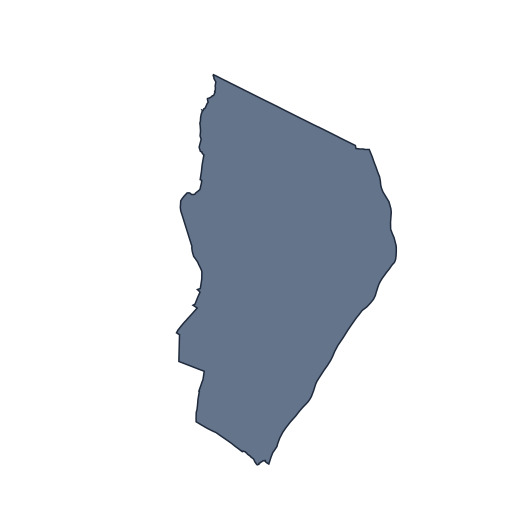 outline of Dignājas pag., Jekabpils, Latvia, rotated 48°
{"feature_id": "27541924B5216902390969", "entity_name": "Dignājas pag.", "entity_type": "district", "adm_level": 2, "iso_a3": "LVA", "parent_name": "Latvia", "parent_adm1": "Jekabpils", "projection": "equal_earth", "projection_center": [26.111, 56.337], "detail": "fine", "context": "isolated", "style": "filled", "palette": "slate", "viewbox_px": 512, "rotation_deg": 48, "n_neighbors": 0, "source": "geoboundaries", "source_scale": "gbopen_adm2", "svg_char_len": 5588}
<svg xmlns="http://www.w3.org/2000/svg" viewBox="0 0 512 512"><g transform="rotate(48 256 256)"><path d="M339.1,411.4L344.8,409.7L350.4,407.9L353.2,406.9L353.3,406.8L356.0,405.8L357.6,405.1L360.6,403.8L363.8,403.1L367.7,402.2L367.9,402.1L369.8,401.7L372.2,401.1L378.7,399.6L384.4,398.7L386.0,398.3L389.8,397.6L390.5,397.5L390.5,397.3L390.7,397.2L390.9,397.1L391.0,397.1L391.3,397.2L391.5,397.2L391.8,397.2L392.0,397.2L392.3,397.1L392.3,396.8L392.2,396.7L392.3,396.6L392.4,396.2L392.6,396.0L392.9,395.9L393.2,395.8L393.4,395.7L393.8,395.2L394.2,395.0L394.4,395.0L394.7,395.0L395.2,395.1L395.5,395.0L395.9,394.9L396.2,394.8L396.5,394.8L396.9,394.9L397.6,394.9L398.0,394.8L398.3,394.8L398.7,394.7L399.0,394.7L399.4,394.5L399.6,394.5L399.7,394.4L399.8,394.4L400.1,394.3L400.3,394.3L400.6,394.2L400.8,394.2L401.0,394.2L401.2,394.3L401.4,394.2L401.5,394.3L402.0,394.3L402.1,394.2L402.4,394.2L402.7,394.1L403.0,394.1L403.5,394.0L404.4,393.8L404.8,393.7L405.7,393.7L407.0,394.2L408.2,394.5L408.8,394.7L409.6,394.8L410.0,394.7L410.5,394.9L411.1,394.9L411.9,394.9L412.1,394.7L412.4,394.1L412.5,393.8L412.6,393.3L412.7,393.1L412.7,392.9L412.1,392.5L412.1,392.2L412.2,391.9L412.4,391.6L412.6,391.1L412.5,390.7L412.5,390.4L412.6,390.2L412.6,389.7L412.8,389.2L412.7,388.6L412.8,388.0L413.0,387.5L413.5,387.3L413.8,386.9L414.0,386.4L413.9,386.1L414.0,386.0L414.1,385.9L414.4,386.0L414.6,386.5L414.9,386.6L415.4,386.6L416.8,386.4L419.2,385.7L415.4,379.2L413.4,375.2L412.4,371.0L411.6,367.9L410.0,365.5L407.1,360.0L404.9,354.0L403.7,349.0L402.3,341.4L401.5,333.7L400.4,327.8L399.8,322.9L399.6,320.1L399.2,315.1L398.6,312.3L397.6,309.1L394.6,303.2L391.3,297.7L390.0,294.9L388.7,290.4L386.3,281.4L385.3,276.7L383.5,270.3L381.7,265.8L379.6,261.4L377.2,254.9L375.2,246.6L372.6,237.5L371.0,231.0L369.1,222.7L368.5,218.7L367.5,213.6L368.0,207.9L367.5,202.2L366.8,197.7L365.4,194.2L365.3,193.9L363.4,190.9L360.3,185.6L359.4,183.9L358.2,181.0L357.0,177.0L355.8,171.2L355.7,171.1L355.6,170.4L354.7,165.0L354.1,162.6L353.7,160.8L353.4,157.5L352.8,156.1L351.9,154.5L349.8,152.0L346.6,148.8L343.6,146.1L342.0,144.9L334.7,141.1L330.5,139.7L326.2,138.0L320.9,133.4L314.2,126.4L311.4,124.3L307.9,122.5L304.6,120.9L293.4,118.8L289.6,117.4L286.7,115.8L283.6,113.5L279.9,111.2L274.8,109.3L270.3,107.4L264.8,105.3L260.2,103.3L252.6,100.6L250.4,103.0L249.4,104.1L248.9,104.4L248.7,104.3L247.4,105.6L246.2,107.0L244.6,108.4L243.0,109.8L241.7,109.0L240.4,108.2L236.1,109.9L231.8,111.6L228.8,112.8L225.7,114.0L225.0,114.3L223.7,114.8L221.7,115.5L219.0,116.6L215.3,118.0L212.8,119.0L211.4,119.5L210.6,119.9L208.9,120.5L207.8,121.0L206.6,121.4L204.0,122.5L202.3,123.1L201.4,123.6L195.7,125.9L188.0,128.9L182.5,131.1L174.0,134.4L167.9,136.8L160.3,139.7L154.2,142.1L147.0,145.0L140.2,147.7L131.2,151.2L125.9,153.3L118.7,156.1L114.1,157.9L111.4,159.0L107.7,160.4L102.2,162.6L95.3,165.2L92.8,166.3L93.3,167.2L94.9,167.6L95.9,168.5L99.8,169.4L102.5,172.8L103.6,173.4L105.4,175.2L106.0,176.6L106.9,176.7L107.1,177.6L108.1,179.3L108.2,180.5L107.7,181.2L107.9,182.4L107.3,185.2L106.5,186.7L107.1,187.3L109.8,188.8L109.9,189.6L110.0,190.3L111.6,193.7L111.9,194.4L112.0,195.2L111.7,196.3L112.0,196.9L112.3,197.4L112.5,198.1L111.6,198.5L112.3,198.7L112.5,199.4L113.2,200.3L113.8,201.6L115.0,203.2L116.1,204.6L118.9,207.4L118.9,207.7L119.8,208.9L121.4,210.0L123.0,211.2L124.4,212.3L125.9,213.5L127.6,215.3L129.3,217.2L132.6,218.7L137.1,225.5L141.0,227.3L142.5,226.6L142.8,226.8L142.9,227.0L143.3,227.1L143.8,227.2L144.2,227.2L145.0,227.2L145.7,227.2L145.9,227.2L146.0,227.3L146.1,227.2L147.8,229.4L152.1,234.9L155.2,238.4L156.2,239.4L161.9,246.4L163.3,245.8L163.5,245.7L164.4,246.8L164.7,247.1L165.1,247.6L165.4,248.0L165.9,248.6L166.9,250.2L167.7,251.2L168.4,252.1L169.0,253.3L169.1,253.5L169.1,253.8L169.0,255.0L169.0,256.0L168.9,256.8L168.9,258.2L168.8,258.4L168.8,258.9L169.0,259.5L169.1,259.8L169.1,260.2L169.1,260.4L168.6,261.0L168.2,261.6L167.8,262.0L167.4,262.5L167.2,262.7L166.8,262.8L165.4,262.9L165.1,263.0L164.8,263.1L164.5,263.3L164.2,263.6L163.7,264.2L163.6,264.3L163.1,264.9L163.1,265.0L163.0,265.3L163.1,266.0L163.2,267.1L163.4,269.5L163.6,270.6L164.0,272.8L164.5,274.6L164.6,275.0L165.9,276.3L167.2,277.6L169.1,279.6L169.9,280.2L170.8,280.8L171.4,281.3L173.1,282.2L175.9,283.4L179.6,285.1L185.9,288.0L193.8,291.6L198.1,293.6L201.9,295.3L204.0,296.3L205.9,297.1L206.6,297.9L206.7,298.0L206.9,298.1L207.1,298.4L207.6,298.7L209.6,300.1L211.5,301.1L214.2,302.4L214.3,302.5L214.6,302.6L217.7,302.9L220.7,303.3L221.2,303.4L221.8,303.5L222.6,303.8L224.4,304.4L226.0,304.8L230.1,306.1L231.0,306.5L231.5,306.8L235.1,310.1L235.6,310.5L237.2,312.2L237.8,312.9L240.0,315.6L240.2,315.8L241.6,317.6L242.8,319.0L242.8,319.5L242.0,321.2L241.7,322.0L243.6,321.8L245.4,321.8L247.8,327.2L249.8,331.2L250.8,333.3L251.0,333.5L250.5,335.4L250.4,335.8L252.9,335.1L255.3,334.5L255.6,337.0L255.9,340.0L256.1,341.6L256.4,344.4L256.5,345.9L256.6,346.4L256.7,347.9L256.7,348.0L256.8,349.1L256.9,349.6L257.0,350.1L257.1,351.0L257.2,352.5L257.3,353.8L257.5,355.0L257.5,355.5L257.7,356.7L257.9,357.9L257.9,358.2L258.4,361.0L258.5,361.3L258.6,362.2L258.7,362.8L258.9,363.9L259.0,364.0L259.4,365.2L259.9,366.5L260.1,366.4L261.7,366.0L263.3,365.5L267.0,369.0L270.7,372.5L274.4,376.0L278.0,379.4L280.4,381.7L282.8,383.9L288.9,380.8L295.0,377.7L301.0,374.7L307.0,371.6L309.4,374.5L311.8,377.4L312.1,377.8L312.4,378.2L312.5,378.3L313.0,379.3L313.4,380.2L315.2,383.4L318.2,388.9L318.7,388.7L323.6,394.9L328.1,399.7L330.8,402.8L332.1,404.9L333.6,406.4L333.7,406.5L334.7,407.4L336.7,409.3L339.1,411.4Z" fill="#64748b" stroke="#1e293b" stroke-width="1.5"/></g></svg>